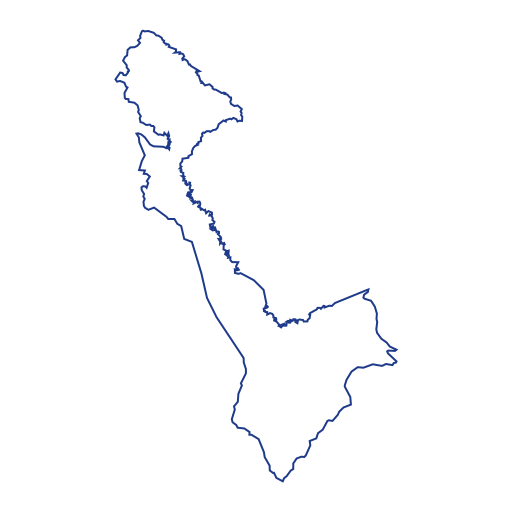 Pinogana, Darién, Panama (Albers equal-area conic projection)
{"feature_id": "35544464B85836861885504", "entity_name": "Pinogana", "entity_type": "district", "adm_level": 2, "iso_a3": "PAN", "parent_name": "Panama", "parent_adm1": "Darién", "projection": "albers", "projection_center": [-77.802, 8.304], "detail": "fine", "context": "isolated", "style": "outline", "palette": "blue", "viewbox_px": 512, "rotation_deg": 0, "n_neighbors": 0, "source": "geoboundaries", "source_scale": "gbopen_adm2", "svg_char_len": 6024}
<svg xmlns="http://www.w3.org/2000/svg" viewBox="0 0 512 512"><path d="M242.0,121.0L242.3,116.6L241.1,115.2L241.6,112.9L240.6,111.6L241.8,109.1L237.6,105.5L234.3,106.0L231.0,103.9L230.3,101.6L231.2,99.3L231.0,97.5L229.7,97.3L227.4,94.6L224.7,94.0L225.3,93.2L223.9,92.6L221.9,93.1L215.8,89.6L214.0,89.5L212.5,88.3L212.6,87.0L209.5,84.3L204.9,85.4L203.1,83.1L201.7,83.0L202.3,82.2L201.6,81.3L200.6,81.4L198.7,75.5L197.6,75.2L197.4,73.9L195.9,72.3L196.5,71.1L197.5,71.7L199.6,71.2L190.9,66.0L190.0,64.5L189.0,64.6L187.4,61.1L185.6,59.7L184.5,59.2L182.6,60.0L182.3,58.5L184.2,56.3L183.2,54.3L181.5,53.4L179.5,53.9L179.8,52.2L174.9,52.6L175.8,51.9L176.1,49.4L168.8,46.9L169.4,45.8L168.8,44.7L167.9,44.2L166.4,44.7L166.3,43.7L164.8,43.3L163.6,42.0L164.1,40.7L162.3,39.7L161.7,37.8L158.3,35.6L156.4,35.5L153.8,32.8L148.2,31.0L144.7,31.4L143.1,30.7L141.9,31.4L140.1,35.9L140.5,37.9L138.0,40.3L140.0,42.9L137.3,45.8L134.5,47.2L130.4,47.4L127.6,49.9L127.1,55.4L124.9,57.1L123.1,60.7L126.7,65.2L126.7,67.6L128.8,69.9L128.9,71.0L127.8,71.5L128.0,72.5L125.8,75.3L123.5,75.0L122.6,73.1L120.2,72.5L115.5,79.4L117.0,81.6L120.1,81.0L124.4,82.7L126.0,86.6L127.5,87.5L124.5,92.9L124.8,97.9L125.6,98.9L128.4,99.1L128.8,101.8L134.4,102.7L137.6,105.4L138.8,110.0L138.1,111.9L140.8,116.2L139.7,118.1L140.5,122.2L142.5,122.6L146.3,125.0L149.9,124.6L151.4,126.0L153.3,126.0L154.4,127.3L153.9,131.4L158.5,134.8L159.9,134.4L163.6,135.4L164.4,132.8L167.3,135.9L168.4,133.2L169.2,136.0L167.6,138.8L168.5,139.6L169.6,139.4L169.5,140.8L170.7,141.9L170.0,142.9L168.4,142.1L168.1,144.6L168.9,144.2L169.5,144.8L168.5,146.5L167.9,145.2L166.8,146.7L169.4,147.5L169.7,146.9L169.2,149.3L168.4,148.2L166.4,148.2L163.5,146.8L153.5,146.3L150.1,144.5L144.8,137.3L141.4,134.5L138.1,133.3L136.5,133.6L138.8,137.3L139.4,142.5L144.8,155.3L141.8,161.1L139.1,170.1L144.9,170.5L143.8,173.8L146.8,174.0L149.8,176.5L146.8,181.1L148.2,183.0L146.6,187.8L145.4,186.5L143.0,186.2L141.5,187.4L141.7,190.1L144.1,194.0L143.3,196.6L144.7,198.8L143.5,201.8L143.9,205.9L145.1,207.8L148.4,209.8L154.1,207.6L166.6,216.9L168.2,219.0L174.4,219.0L177.3,223.8L181.2,226.1L184.2,238.9L191.9,241.9L201.4,273.4L207.0,297.9L216.5,317.1L243.6,358.0L243.8,362.6L245.9,369.0L245.9,373.4L240.9,383.4L241.9,385.4L238.4,393.8L237.8,401.8L234.0,406.4L234.8,409.5L231.8,419.3L232.6,422.3L236.3,425.0L237.6,427.7L244.4,428.5L249.5,432.0L249.4,434.7L251.5,434.8L258.6,439.1L263.9,452.1L264.7,457.1L269.6,465.6L269.8,470.5L273.1,473.0L274.0,472.8L276.4,477.9L282.8,481.3L284.0,478.3L286.7,476.1L290.8,470.5L293.2,469.1L293.3,463.4L296.6,458.5L301.4,456.7L304.3,457.0L305.8,455.4L310.3,445.4L309.7,441.0L316.3,438.4L318.0,433.2L322.7,429.7L327.4,421.0L328.8,420.3L332.5,420.9L337.9,414.7L339.1,411.8L343.5,407.5L350.9,404.6L350.3,397.0L344.8,386.7L344.8,385.4L346.5,379.9L351.5,371.6L357.7,367.2L363.4,367.7L372.8,364.3L382.0,365.9L386.0,364.0L392.5,365.1L393.7,363.1L396.0,362.5L396.5,361.4L388.0,353.4L387.2,351.4L388.1,350.6L395.0,350.9L396.5,349.7L389.9,346.6L386.6,342.5L381.4,338.8L377.1,332.9L376.3,329.4L377.2,322.0L376.5,319.0L376.9,313.6L374.8,306.6L371.1,300.8L364.5,298.7L363.4,297.6L364.2,294.6L367.9,291.9L368.4,289.4L335.0,303.0L331.8,306.0L329.4,305.7L324.6,307.5L324.5,306.0L323.6,305.8L320.9,308.8L320.0,307.9L317.5,307.9L316.9,309.3L309.9,313.2L309.2,314.5L310.2,314.9L309.6,318.2L307.8,319.7L307.4,321.4L303.7,321.5L303.0,320.0L299.4,319.5L297.9,320.2L297.4,323.2L295.4,322.0L295.2,320.7L296.1,320.4L295.6,319.4L293.4,319.2L293.1,320.4L291.2,321.5L290.7,320.5L291.4,320.2L290.2,319.8L289.9,322.7L288.9,322.6L288.7,321.0L287.9,320.9L286.2,322.0L286.8,322.8L286.5,324.7L284.7,324.4L285.6,325.7L284.0,325.7L283.9,323.9L282.2,324.9L282.7,325.5L281.1,327.4L279.3,326.1L280.1,325.2L278.8,325.6L279.1,324.6L276.6,321.7L274.1,320.5L274.3,319.5L275.5,320.7L276.3,319.9L276.1,318.2L273.4,317.4L273.3,315.3L272.3,313.9L270.0,313.1L267.2,314.6L267.2,312.1L265.3,312.0L265.0,310.8L264.0,311.0L263.7,308.6L267.4,307.5L267.8,306.8L267.2,306.1L265.3,306.8L266.4,303.5L263.6,289.9L253.8,280.2L240.7,273.2L238.5,273.8L235.0,273.0L234.8,269.5L236.7,270.4L238.8,269.8L237.8,268.2L236.4,268.9L236.1,266.2L238.2,262.2L232.2,262.1L230.3,260.2L230.4,257.3L228.1,257.8L228.9,255.3L226.9,253.5L226.6,255.3L225.1,254.1L225.9,252.0L228.5,253.1L228.7,250.6L227.0,251.1L223.5,249.4L223.7,245.2L224.7,244.4L224.1,243.0L222.3,243.8L221.3,242.1L220.1,243.5L220.2,241.7L218.7,239.2L220.8,239.7L221.2,239.0L220.1,238.1L220.9,237.2L217.8,234.0L219.0,233.1L219.0,231.9L217.9,231.4L216.5,232.0L214.8,226.6L214.3,230.1L212.7,230.4L210.7,229.0L213.2,227.9L213.0,226.1L210.3,227.0L209.8,224.5L213.8,223.6L214.5,221.8L212.4,220.1L212.8,218.3L211.4,215.6L209.3,215.6L209.7,214.5L210.4,215.0L212.0,214.5L211.9,212.6L208.4,211.1L206.1,213.2L205.1,209.8L204.3,210.3L202.3,209.3L200.1,210.0L201.5,208.6L198.1,206.7L198.5,206.0L199.8,206.3L200.3,203.5L199.5,201.6L197.6,201.7L197.6,202.9L196.5,202.1L193.8,203.4L194.5,201.5L193.0,202.0L191.5,200.7L192.9,199.9L192.1,197.8L190.5,198.5L190.8,196.5L190.1,196.2L188.7,197.6L189.1,196.7L187.0,195.6L187.6,193.8L188.4,195.2L190.6,195.5L190.8,194.7L189.2,194.4L188.9,192.4L190.3,192.8L190.5,191.7L191.6,192.1L192.6,190.1L190.5,190.0L189.6,188.6L190.6,185.3L189.8,184.5L190.1,182.7L189.3,182.6L189.4,184.2L187.0,185.1L186.5,184.5L187.5,183.2L186.2,184.5L185.3,183.6L185.4,182.8L186.4,182.8L185.9,180.9L183.3,180.5L184.4,178.9L183.4,178.6L183.8,177.6L182.0,176.2L183.8,176.1L183.2,175.6L183.3,172.9L180.8,171.9L180.6,170.9L181.3,170.9L181.5,169.8L180.9,168.5L179.8,168.4L181.4,166.6L180.4,166.0L180.3,163.6L182.2,161.4L182.5,158.7L188.4,157.8L188.4,156.2L192.0,154.1L191.9,151.3L193.4,147.8L194.9,146.1L197.2,145.1L196.6,144.8L197.2,143.7L198.4,143.5L198.4,142.1L201.1,141.1L200.9,137.8L202.5,135.8L202.0,133.8L203.2,132.5L204.4,132.9L206.7,131.2L209.4,131.2L210.2,131.9L213.0,130.1L215.8,129.6L217.5,127.8L218.7,124.2L223.5,120.5L225.8,121.5L225.9,120.1L230.1,118.7L231.5,119.3L233.4,117.9L236.4,119.2L237.5,121.5L239.4,120.7L242.0,121.0Z" fill="none" stroke="#1e3a8a" stroke-width="2"/></svg>